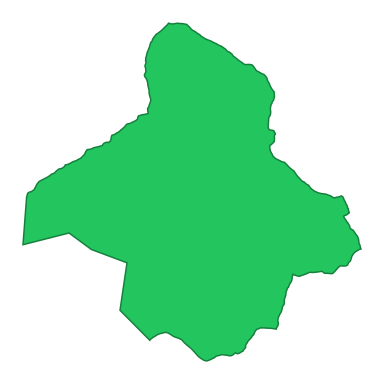 Samtse, Samchi, Bhutan (Mercator projection)
{"feature_id": "84629894B59986753144737", "entity_name": "Samtse", "entity_type": "district", "adm_level": 2, "iso_a3": "BTN", "parent_name": "Bhutan", "parent_adm1": "Samchi", "projection": "mercator", "projection_center": [89.139, 26.92], "detail": "fine", "context": "isolated", "style": "filled", "palette": "green", "viewbox_px": 384, "rotation_deg": 0, "n_neighbors": 0, "source": "geoboundaries", "source_scale": "gbopen_adm2", "svg_char_len": 5262}
<svg xmlns="http://www.w3.org/2000/svg" viewBox="0 0 384 384"><path d="M26.2,202.3L23.0,244.7L69.0,233.0L91.4,249.5L127.0,262.8L120.0,310.3L149.8,340.3L150.3,339.4L151.7,338.5L152.9,337.4L155.3,336.1L157.2,334.8L159.8,333.7L162.5,333.1L164.5,332.5L166.4,332.5L168.0,332.9L169.7,333.9L171.4,335.0L173.5,336.4L175.4,337.2L178.7,338.3L181.9,339.9L182.5,340.6L184.2,342.6L184.8,343.2L187.3,345.4L190.7,348.1L194.3,351.9L196.5,354.4L198.4,356.5L200.6,358.2L203.1,359.9L205.1,360.7L207.0,360.9L209.4,360.1L212.0,358.8L214.5,357.6L216.6,355.8L218.3,355.7L221.4,354.7L224.1,354.9L227.6,355.3L229.4,355.8L231.2,355.7L232.9,354.9L234.0,353.9L235.4,352.8L237.4,353.8L239.6,353.1L241.7,351.7L242.9,351.2L243.5,350.0L244.2,349.2L245.6,347.6L245.5,346.0L246.0,344.5L247.2,342.8L248.0,341.3L249.6,339.5L250.8,338.3L252.5,335.8L253.4,335.0L254.2,333.6L254.7,332.2L255.3,331.0L256.6,329.6L257.2,329.0L258.6,328.8L260.5,327.8L261.6,328.0L262.8,327.9L271.0,328.3L276.3,329.1L276.6,327.8L277.5,326.3L278.0,325.5L278.4,323.3L277.8,320.5L278.2,318.0L278.9,316.3L280.2,313.5L280.8,312.8L281.5,311.1L282.1,309.0L282.5,306.6L284.0,304.6L284.2,303.7L284.3,302.5L284.4,300.7L284.3,299.6L284.8,298.0L285.3,296.9L285.9,294.6L285.8,293.5L286.3,291.4L286.9,289.9L287.2,288.8L287.5,287.9L288.3,287.5L288.7,286.5L289.3,284.9L289.7,284.1L290.4,283.0L291.2,281.7L291.7,280.6L292.8,274.3L294.7,275.1L296.6,275.7L298.2,276.1L299.2,276.3L301.1,275.7L302.8,275.1L304.1,274.6L305.7,274.1L308.3,272.9L309.8,272.3L311.6,272.4L313.0,272.5L315.7,272.2L318.4,271.9L321.9,271.3L323.2,272.2L324.3,273.2L325.9,273.3L327.7,273.3L329.6,273.5L331.0,273.7L332.9,273.4L334.1,272.1L335.2,271.0L336.5,269.5L337.8,268.0L338.4,267.3L340.7,265.7L342.5,266.0L343.6,266.0L345.7,266.0L347.6,265.0L348.5,262.7L350.2,261.2L350.7,260.1L351.2,258.7L351.6,256.9L352.2,255.8L353.8,253.3L355.0,252.1L356.4,251.2L358.6,249.9L359.3,249.5L361.0,249.0L360.5,247.6L360.0,245.3L359.0,243.3L358.8,241.1L358.6,239.6L357.9,237.2L357.0,235.7L355.5,233.8L354.8,232.7L353.0,230.1L351.4,229.3L350.0,228.1L349.8,226.5L348.3,223.5L346.8,221.7L345.8,220.0L344.7,218.4L343.8,217.2L343.9,215.9L346.2,215.1L348.0,213.8L349.0,213.2L349.2,212.2L348.6,210.7L348.4,209.6L348.3,208.6L347.6,207.8L347.3,206.2L346.9,205.4L346.3,204.2L345.7,203.2L345.3,201.8L344.4,200.5L343.8,199.0L343.1,197.3L342.5,196.6L341.2,195.9L339.0,196.9L336.3,197.3L334.3,197.9L332.8,197.3L330.5,195.8L328.1,195.0L326.3,194.2L324.0,193.9L321.4,193.6L318.2,192.8L314.6,191.2L312.3,189.6L310.2,187.7L308.7,185.3L306.4,184.1L303.9,181.8L302.3,181.3L299.3,178.1L297.0,175.6L293.8,170.9L292.2,169.8L289.4,167.5L287.2,165.1L284.5,162.3L282.1,161.8L275.8,158.7L272.8,156.0L272.3,154.5L271.3,152.8L270.4,151.0L269.8,148.0L269.8,145.3L271.3,144.6L272.4,143.5L274.2,141.7L274.5,139.4L274.4,136.4L274.6,135.1L275.4,134.1L275.1,133.0L274.4,132.5L274.2,131.6L273.9,130.8L272.7,130.3L271.5,130.2L270.0,129.9L269.2,129.6L268.5,128.5L268.3,127.2L268.1,126.3L268.3,125.4L268.5,122.1L268.7,118.6L269.2,116.6L270.1,115.7L270.6,113.6L270.7,111.9L270.4,109.5L270.5,107.3L271.1,104.8L271.9,103.4L272.4,101.5L273.4,100.5L273.9,98.9L274.4,96.9L274.4,95.6L274.2,93.4L274.1,91.8L273.2,90.8L272.2,89.5L271.4,88.2L270.0,85.6L269.4,83.6L268.5,82.2L267.5,80.5L267.0,78.3L266.0,76.7L264.3,74.7L261.1,73.3L258.6,71.8L256.5,70.8L254.8,68.3L253.3,66.2L252.2,65.0L249.6,64.4L245.0,64.6L242.9,63.4L242.3,62.7L239.0,60.6L237.2,59.1L235.1,57.4L233.4,56.3L232.2,54.4L229.9,52.4L227.2,51.1L225.7,49.3L223.3,47.6L221.5,46.3L218.3,45.0L216.6,43.8L213.8,42.6L211.3,41.2L209.7,40.6L207.1,39.6L204.2,38.2L200.8,35.9L199.9,34.8L197.7,33.5L195.1,31.6L192.3,30.1L190.9,28.8L189.7,27.3L187.8,25.5L186.7,24.4L184.5,24.0L182.3,23.6L179.8,23.5L177.3,23.2L174.6,23.7L172.4,24.0L170.2,23.7L168.7,23.1L168.0,23.9L167.4,24.7L164.2,27.8L163.3,28.7L161.2,30.7L159.2,32.3L157.7,33.4L155.9,34.6L155.2,35.7L153.4,37.9L152.3,40.0L152.0,41.3L150.7,42.4L149.7,46.1L149.0,48.0L147.9,51.0L147.2,52.4L146.5,55.5L145.7,58.4L145.7,59.8L145.6,61.3L146.1,62.1L146.0,62.9L145.6,63.8L145.0,65.5L145.0,66.6L145.4,67.5L145.6,68.4L145.8,70.6L145.9,71.5L145.1,73.5L144.6,74.2L144.4,75.2L144.8,76.7L145.9,78.1L146.7,79.7L147.4,81.5L147.8,84.0L147.9,85.3L148.5,87.9L149.2,91.1L149.1,93.4L149.8,96.2L150.3,97.9L150.7,99.3L150.7,100.8L150.2,102.5L149.4,104.4L149.2,105.3L148.8,106.4L148.5,107.3L147.6,108.4L147.7,110.9L148.2,112.6L148.1,113.5L145.1,114.3L142.5,114.7L141.0,115.1L138.5,115.9L137.8,117.4L137.6,119.0L136.0,120.4L133.4,121.8L131.6,122.6L129.7,123.5L127.9,123.8L126.5,124.4L125.5,125.7L124.1,127.3L121.8,129.3L120.6,130.2L119.4,131.5L117.4,132.7L115.5,133.7L115.0,134.3L113.3,134.8L111.9,135.3L111.4,136.6L111.0,139.1L110.6,140.7L109.3,141.8L108.6,142.5L107.0,142.2L106.0,142.4L104.3,143.1L103.2,144.0L102.4,145.4L100.9,145.9L99.9,146.3L98.5,146.6L95.6,147.3L93.4,147.8L92.3,148.6L90.4,149.2L88.8,149.4L87.2,149.6L86.1,151.0L85.2,152.7L84.7,154.2L83.3,155.6L81.5,157.5L79.9,158.7L78.4,159.3L76.3,160.6L74.0,161.4L73.0,161.7L69.6,163.6L66.9,164.7L65.4,164.8L64.5,166.5L62.1,168.3L58.7,169.1L55.8,171.5L54.8,172.7L53.3,173.6L51.4,174.2L50.6,175.0L49.5,175.8L46.6,177.7L45.0,178.4L42.8,179.5L39.2,181.4L37.5,183.4L36.1,185.8L34.2,189.6L31.2,191.7L29.1,192.2L27.7,193.3L26.6,197.0L26.2,202.3Z" fill="#22c55e" stroke="#15803d" stroke-width="1.5"/></svg>